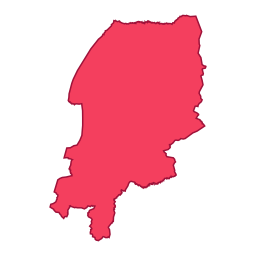 the district of Phaisali, Nakhon Sawan, Thailand
{"feature_id": "78962969B15796464090467", "entity_name": "Phaisali", "entity_type": "district", "adm_level": 2, "iso_a3": "THA", "parent_name": "Thailand", "parent_adm1": "Nakhon Sawan", "projection": "mercator", "projection_center": [100.69, 15.558], "detail": "fine", "context": "isolated", "style": "filled", "palette": "rose", "viewbox_px": 256, "rotation_deg": 0, "n_neighbors": 0, "source": "geoboundaries", "source_scale": "gbopen_adm2", "svg_char_len": 5830}
<svg xmlns="http://www.w3.org/2000/svg" viewBox="0 0 256 256"><path d="M195.8,16.2L190.1,16.6L186.4,15.4L185.9,15.8L182.9,15.4L182.0,15.8L181.6,16.5L180.0,16.4L179.7,17.2L177.9,18.3L177.8,19.1L176.1,20.1L176.0,20.6L175.3,20.8L174.7,21.6L174.4,22.9L172.8,22.8L172.0,24.3L171.4,23.8L169.9,23.5L168.0,23.8L168.0,23.5L167.1,23.5L166.7,23.1L165.9,23.6L165.0,23.4L164.8,23.9L164.2,24.1L163.9,23.8L163.6,24.1L163.0,23.8L162.4,24.0L161.9,23.5L160.8,23.7L160.3,23.4L159.5,23.9L158.8,23.4L158.9,23.0L158.0,22.9L158.3,22.6L157.8,22.7L157.6,22.4L156.9,22.6L156.3,23.4L155.7,23.2L155.3,23.5L155.0,23.2L154.9,23.5L154.8,22.9L154.2,22.8L154.2,22.6L152.9,22.9L152.5,22.5L151.8,22.5L152.0,22.8L151.7,22.9L151.0,22.7L150.9,22.3L150.2,22.2L150.1,21.9L149.7,22.0L149.5,21.6L149.1,21.7L148.8,21.3L148.5,21.7L148.2,21.3L148.0,21.5L147.8,21.3L147.6,21.9L147.4,21.4L146.9,22.0L146.5,21.9L145.9,22.4L145.4,22.0L145.5,22.4L144.5,22.5L144.5,23.1L144.2,22.9L144.1,23.2L143.7,22.7L143.4,23.1L142.9,22.7L142.5,22.9L142.3,22.5L141.9,22.6L141.8,21.9L141.3,22.2L139.4,21.7L139.1,22.2L138.3,21.5L136.4,22.2L136.6,22.5L135.8,23.1L135.6,23.0L135.6,23.3L134.8,22.9L134.7,23.2L134.3,23.0L134.0,23.3L133.4,23.0L132.4,23.2L132.4,22.8L130.7,23.2L130.6,22.9L130.2,23.2L129.3,23.1L128.7,23.9L127.2,23.8L126.8,24.0L126.1,23.5L125.1,23.5L124.7,23.8L122.5,23.2L119.9,22.0L119.9,21.5L119.3,21.0L117.8,21.6L116.4,21.3L115.8,20.7L115.7,21.0L113.9,20.6L113.6,22.7L111.4,24.7L111.6,25.5L111.4,25.9L107.0,30.2L105.3,30.9L105.4,31.7L104.1,33.2L103.9,34.6L103.0,34.3L102.1,36.2L98.5,39.2L90.9,48.8L77.5,70.5L73.3,79.2L71.8,83.4L69.1,93.8L68.9,97.5L68.3,100.5L68.8,101.4L69.5,101.6L69.5,102.0L70.0,102.0L70.0,102.4L70.8,103.1L71.6,103.2L71.8,103.9L73.8,103.8L74.4,104.7L75.2,104.0L76.4,103.8L79.1,104.1L81.7,103.7L82.6,110.7L82.7,117.9L82.7,125.4L81.9,135.4L79.9,140.3L77.3,144.7L76.7,145.2L73.9,145.7L70.3,147.8L66.8,148.0L64.1,157.9L67.3,157.6L68.4,158.0L68.4,158.6L70.6,158.9L72.3,159.7L71.8,160.0L71.2,161.5L70.7,165.2L69.7,167.3L69.7,168.1L69.2,168.5L69.3,169.1L69.7,169.2L69.5,169.7L70.0,170.0L69.9,170.3L70.2,170.0L70.6,170.2L70.2,171.9L70.8,172.4L70.7,173.4L71.6,174.0L71.9,174.8L71.5,175.3L71.8,175.7L66.3,177.0L62.2,177.5L59.8,178.5L57.8,179.9L54.2,191.9L56.1,192.9L56.5,193.9L57.9,195.0L57.7,196.8L56.9,197.6L57.1,199.1L56.6,199.7L56.0,201.6L55.4,202.2L53.4,203.5L50.8,204.3L50.1,207.1L53.7,209.3L54.1,210.3L55.9,212.1L59.0,212.5L60.1,214.3L61.1,215.3L61.5,216.4L63.7,218.4L64.6,216.7L65.1,216.5L66.8,216.7L67.9,214.2L67.7,213.8L68.0,213.1L67.6,212.7L67.9,211.9L67.8,210.2L69.9,206.8L69.6,206.0L70.3,205.7L71.0,206.4L74.7,207.7L75.6,207.4L77.6,207.8L81.5,207.8L84.4,208.9L86.7,207.6L88.0,205.9L90.5,206.6L91.3,205.7L91.9,205.5L92.7,206.2L93.6,205.9L94.9,206.1L93.8,208.6L89.7,210.3L89.0,211.4L89.1,212.3L87.8,213.0L88.1,214.4L87.7,215.1L88.5,216.8L91.0,218.1L92.1,219.4L91.3,221.7L91.7,222.8L91.5,223.9L89.7,226.2L91.2,227.5L91.8,228.7L91.6,229.2L90.7,229.5L90.8,230.9L90.3,232.1L90.4,233.8L92.0,234.0L92.7,235.1L92.6,236.7L94.9,237.4L95.2,239.2L96.2,240.1L98.6,240.6L99.0,240.1L101.7,238.5L103.0,236.7L103.9,236.7L105.6,237.6L107.4,237.6L108.2,236.9L109.1,237.5L110.0,234.3L109.5,229.6L108.4,227.7L108.4,227.0L110.7,224.0L111.7,222.9L112.0,223.0L112.7,221.3L113.3,221.4L113.5,217.0L114.8,212.9L113.7,209.9L113.7,209.5L114.4,209.4L114.0,208.1L114.4,208.1L115.2,207.0L114.9,206.6L115.3,206.0L115.0,205.1L114.6,204.9L114.0,203.8L115.2,201.6L114.1,200.6L114.4,199.8L113.9,199.7L113.9,199.3L114.4,198.7L115.3,198.6L116.1,197.9L116.6,197.9L116.8,196.9L117.6,196.5L118.6,195.0L118.9,195.1L119.4,194.6L120.2,195.0L120.7,194.1L121.3,193.9L121.3,193.3L121.8,193.1L122.0,192.2L121.3,191.6L121.4,190.8L121.1,190.3L121.4,189.9L123.8,191.0L124.1,190.7L125.2,191.1L125.5,189.7L127.9,185.8L128.6,183.6L129.7,181.9L131.1,181.3L134.6,182.2L135.1,182.5L135.1,183.4L135.4,183.5L135.1,183.6L135.5,184.2L136.0,184.0L137.7,184.7L138.2,185.5L138.6,185.6L139.0,185.0L139.8,185.2L140.6,186.4L141.7,186.5L142.0,187.4L142.7,187.7L143.0,187.4L143.2,187.7L143.5,187.5L143.8,187.9L144.1,187.4L144.7,187.4L144.6,187.0L145.1,187.0L145.9,187.6L146.4,186.9L147.1,186.9L147.6,186.3L147.5,186.0L148.5,185.8L148.2,185.6L148.7,185.1L148.4,184.8L148.9,184.3L148.9,184.7L149.4,184.7L149.2,184.4L149.6,184.2L149.6,183.8L151.0,183.9L150.8,183.6L151.7,183.4L151.7,184.3L152.8,184.4L153.1,183.9L152.5,183.7L152.7,183.2L153.7,182.6L155.2,183.5L155.1,183.9L155.6,183.5L156.2,183.6L156.3,184.0L157.1,183.7L157.6,184.0L158.0,183.7L157.7,183.2L158.3,182.6L159.6,182.3L160.0,182.6L160.3,181.9L160.6,182.3L161.0,181.6L161.9,181.7L162.2,180.9L162.8,180.8L162.9,180.4L163.5,180.5L163.4,180.1L164.4,179.2L164.4,178.6L165.0,178.3L166.3,178.5L166.7,178.1L166.9,178.7L167.6,178.1L168.0,178.2L167.9,178.6L169.3,178.6L169.7,177.6L170.3,177.1L170.9,177.2L171.1,176.6L171.4,177.2L172.3,176.6L173.3,176.7L175.1,176.0L175.1,175.6L176.1,175.1L176.0,174.3L174.5,171.7L174.7,170.3L173.3,165.2L174.4,163.0L175.5,161.9L174.8,160.6L174.6,159.3L173.3,157.8L166.9,156.7L165.9,155.1L166.2,153.8L164.0,151.8L163.6,150.8L168.1,149.5L169.9,147.9L170.2,147.4L169.8,146.6L170.3,146.0L169.5,145.1L169.5,144.6L171.0,144.4L173.0,142.9L174.9,140.4L176.0,140.1L178.1,140.4L179.6,139.8L180.7,138.6L183.3,139.0L185.2,138.5L192.8,132.9L197.1,131.1L204.7,126.0L203.3,124.0L202.2,123.7L202.3,122.8L201.7,121.6L201.2,121.6L200.9,120.9L200.2,120.6L200.0,119.8L196.2,118.3L197.8,115.5L198.5,115.0L198.6,114.3L196.9,112.9L194.1,111.6L193.5,110.8L195.1,106.3L196.1,106.1L197.9,106.5L198.1,105.2L199.3,103.3L200.7,102.4L201.8,100.8L202.1,99.7L200.8,98.6L200.7,96.2L199.1,93.3L199.4,91.6L203.0,84.8L202.1,80.3L200.9,76.1L201.6,75.2L202.9,75.0L203.3,73.7L202.2,69.2L202.6,68.8L205.3,68.1L205.9,66.6L205.7,66.2L204.0,65.9L202.1,64.6L200.9,57.6L198.1,53.2L199.8,45.5L199.2,44.0L199.0,39.1L201.7,31.7L195.8,16.2Z" fill="#f43f5e" stroke="#9f1239" stroke-width="1.5"/></svg>